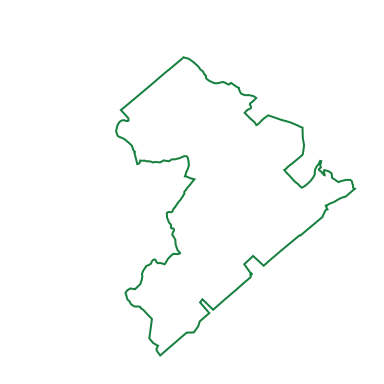 Salah, Ta`izz, Yemen, rotated 140°
{"feature_id": "15242507B73155733495218", "entity_name": "Salah", "entity_type": "district", "adm_level": 2, "iso_a3": "YEM", "parent_name": "Yemen", "parent_adm1": "Ta`izz", "projection": "albers", "projection_center": [44.04, 13.581], "detail": "fine", "context": "isolated", "style": "outline", "palette": "green", "viewbox_px": 384, "rotation_deg": 140, "n_neighbors": 0, "source": "geoboundaries", "source_scale": "gbopen_adm2", "svg_char_len": 5921}
<svg xmlns="http://www.w3.org/2000/svg" viewBox="0 0 384 384"><g transform="rotate(140 192 192)"><path d="M321.4,87.2L310.9,87.4L301.2,87.5L299.2,87.5L297.4,87.6L288.2,87.7L286.5,87.7L280.9,83.3L273.6,85.1L269.0,88.0L266.7,87.9L263.5,88.0L256.6,88.1L256.8,102.2L253.0,103.1L251.5,88.2L243.6,88.4L235.4,88.6L233.9,88.6L227.1,88.7L221.1,88.7L218.0,88.8L209.8,89.0L209.3,89.0L207.2,89.0L204.8,89.0L201.7,89.1L200.9,90.2L200.7,90.8L200.4,91.2L199.9,90.7L199.0,90.5L198.7,91.3L199.1,92.5L199.2,93.0L198.4,103.1L186.3,103.7L184.5,89.4L179.5,89.6L174.9,89.7L161.4,89.8L159.3,89.8L154.6,89.8L143.9,89.7L140.2,89.7L137.4,89.7L137.0,89.0L107.9,89.0L107.3,89.6L103.6,91.2L101.9,92.1L100.5,92.0L99.4,91.6L99.2,93.4L98.5,94.0L98.4,95.5L98.0,95.7L97.1,94.9L94.9,94.7L94.2,94.6L92.6,94.1L89.7,93.1L89.3,93.0L86.0,92.5L82.7,91.9L82.4,91.8L79.8,90.9L77.9,90.1L77.5,89.7L70.5,89.8L65.2,89.8L65.9,91.1L65.4,92.3L64.3,93.7L63.8,95.2L63.1,96.5L62.6,97.6L63.0,99.6L65.5,101.6L66.2,102.2L69.5,103.9L70.6,104.5L73.5,105.4L74.5,109.4L74.8,110.3L75.3,112.0L75.6,112.8L73.1,116.5L73.4,117.9L73.9,119.7L74.5,120.7L75.3,121.9L76.0,123.2L76.7,123.7L77.5,123.3L77.9,122.9L78.5,121.8L78.7,121.0L79.6,119.6L80.0,120.2L80.0,124.5L80.3,125.7L80.5,127.3L80.4,127.7L80.1,127.9L78.5,128.0L77.5,128.0L77.0,129.3L76.4,130.3L75.7,130.7L75.0,131.2L74.4,131.7L73.9,132.2L73.2,132.6L73.9,133.5L75.8,132.5L78.1,131.8L80.7,131.2L82.9,130.3L84.2,129.3L84.6,128.9L85.4,127.9L85.8,127.5L86.4,126.8L87.6,126.1L90.0,125.2L93.5,124.4L97.4,124.0L101.6,124.1L102.0,124.1L103.2,124.3L103.6,124.4L104.1,124.5L105.2,124.8L105.5,126.7L105.6,128.2L105.6,129.0L105.6,129.5L106.5,133.4L106.7,137.2L106.7,138.5L106.9,142.7L107.0,143.7L107.1,144.1L107.2,146.6L107.1,149.6L106.6,149.5L106.0,149.3L104.8,149.4L101.7,149.7L96.5,149.4L85.3,149.4L83.6,149.5L82.6,149.9L81.3,151.1L80.3,151.9L79.0,153.1L75.8,156.0L75.6,156.6L73.4,160.4L73.3,160.7L72.4,162.1L71.1,163.8L67.7,168.1L66.3,169.8L66.0,170.1L66.1,170.5L67.4,172.9L68.6,175.7L69.1,176.6L70.1,178.7L70.3,178.9L71.8,181.9L72.2,182.5L72.4,182.7L72.7,183.3L75.2,187.0L77.0,189.5L77.5,190.3L79.6,193.8L81.3,196.7L84.1,201.3L84.2,201.6L86.2,201.9L88.8,202.0L89.4,202.1L90.7,202.1L93.2,201.9L96.9,201.6L97.3,201.5L97.7,201.5L98.8,201.6L99.7,201.9L99.6,202.2L99.4,203.4L99.3,204.1L99.3,205.2L99.4,206.5L99.6,207.5L99.9,209.1L99.9,209.8L100.2,211.1L100.3,213.7L100.4,214.7L100.8,218.8L96.6,219.3L93.9,218.4L93.4,218.5L92.6,218.6L91.7,219.9L91.4,222.0L91.0,222.2L90.3,222.5L87.6,222.3L86.9,222.3L86.6,222.3L82.4,222.7L82.7,224.3L82.9,224.9L83.5,226.3L86.3,229.8L86.7,230.2L88.4,231.3L89.8,233.1L91.1,235.7L90.9,237.4L90.5,238.8L90.3,239.4L89.9,240.7L89.1,241.5L89.7,242.6L90.2,244.2L90.6,245.2L91.0,247.0L91.8,249.8L92.1,250.6L92.9,250.5L94.3,250.6L95.1,250.9L95.6,252.4L96.0,253.4L96.3,254.3L97.8,256.6L101.8,258.5L102.4,258.9L103.2,259.5L103.6,259.7L104.3,260.3L104.9,261.1L105.5,262.1L105.8,262.8L107.1,265.6L107.8,267.9L108.0,269.7L108.0,270.4L106.6,272.0L106.8,274.5L106.6,275.3L106.3,276.7L106.2,277.5L106.1,277.8L106.3,278.5L106.9,280.2L106.5,283.7L107.0,287.9L107.5,291.1L108.2,293.6L108.8,296.1L112.0,300.7L113.2,300.5L116.1,300.5L132.0,300.5L132.6,300.6L139.6,300.6L140.6,300.6L141.8,300.6L153.5,300.4L156.6,300.4L167.9,300.4L172.2,300.4L173.7,300.4L176.0,300.4L188.1,300.4L193.8,300.5L193.7,298.2L193.3,290.1L193.7,288.7L194.5,288.1L194.8,287.5L195.8,287.8L196.7,288.7L197.3,289.7L198.0,290.8L199.0,291.4L199.9,292.0L201.7,292.2L203.2,292.1L204.7,291.6L205.4,291.4L206.0,290.9L207.6,290.2L208.6,289.2L211.1,287.4L211.8,285.7L212.8,282.8L212.2,280.7L211.7,280.0L211.0,278.7L210.1,276.8L209.6,275.3L209.5,274.3L208.6,269.2L208.3,266.0L209.3,263.6L209.4,263.2L210.0,261.9L210.0,260.7L209.9,259.4L210.7,259.4L216.0,248.5L215.8,248.3L214.7,248.0L213.4,247.9L213.2,248.0L212.3,248.9L211.4,249.4L210.9,248.7L209.3,247.3L208.1,246.5L207.2,244.9L206.1,244.0L204.6,242.5L203.4,240.9L203.2,240.0L202.5,239.5L202.3,239.4L200.9,238.8L197.6,235.3L196.6,235.0L193.3,234.4L192.2,232.9L191.2,232.0L190.5,231.0L190.0,230.4L188.2,230.1L186.8,230.1L186.2,229.7L185.0,228.8L183.9,227.9L182.2,227.1L179.6,225.8L177.4,225.2L176.9,225.1L174.9,224.4L174.0,223.7L173.1,222.7L173.2,221.1L173.9,219.6L174.4,218.7L174.6,218.1L175.6,216.8L176.5,215.6L177.3,214.4L180.2,212.5L182.1,211.6L183.3,211.1L185.7,209.5L187.4,208.5L186.3,207.5L184.9,204.6L184.3,203.3L182.8,201.4L182.0,200.2L184.3,199.8L185.7,199.5L189.5,198.7L192.2,198.4L196.4,197.3L196.9,197.3L197.6,197.2L198.2,196.6L199.2,195.4L200.5,195.2L201.7,194.6L203.0,194.3L206.1,193.4L207.6,193.2L209.1,192.9L210.1,192.8L211.4,192.2L212.3,192.0L213.1,191.8L213.9,191.7L214.4,191.2L214.9,191.1L215.8,191.2L216.6,191.1L217.8,190.6L218.3,190.3L218.7,190.0L219.9,189.7L220.6,189.7L221.4,190.3L222.6,191.6L223.8,192.1L224.9,192.0L226.4,190.0L226.9,189.3L227.6,188.4L229.0,184.0L229.3,182.9L229.1,181.6L229.2,180.5L229.9,179.3L230.6,178.8L231.2,177.6L230.3,176.6L229.7,175.9L230.1,174.6L230.9,173.9L232.6,173.4L233.7,172.7L234.7,171.7L234.8,169.7L235.5,166.0L236.9,164.2L238.3,162.3L239.6,159.0L240.4,156.7L240.4,153.3L240.6,152.7L243.0,153.7L244.6,155.3L245.6,156.1L246.2,156.7L248.3,156.7L251.1,156.5L253.5,156.2L255.2,155.6L257.6,154.7L259.5,154.2L260.5,156.0L260.9,156.6L262.0,158.1L264.0,159.4L264.2,161.4L264.0,162.1L263.6,163.8L263.9,164.2L265.1,164.9L265.5,164.9L267.3,164.7L269.3,163.5L269.6,163.5L272.3,163.9L274.6,164.7L275.1,164.5L280.4,162.9L283.3,161.1L283.8,160.1L284.1,159.4L284.5,159.1L286.8,157.1L290.7,154.7L295.4,154.3L296.2,154.3L298.1,154.1L299.5,155.8L301.3,157.8L305.0,158.3L307.5,157.5L308.0,157.3L308.7,155.1L309.9,152.7L310.5,150.8L310.4,149.9L310.1,148.8L310.6,146.5L310.9,145.1L309.7,141.4L307.9,139.7L306.2,138.3L306.0,138.1L305.5,136.7L306.0,135.8L305.5,134.5L305.1,133.0L305.0,132.4L304.9,129.1L304.9,127.7L304.8,126.9L304.3,120.5L318.8,107.3L318.8,101.2L316.9,96.0L319.0,95.1L320.0,94.7L321.0,93.2L321.2,90.9L321.4,87.2Z" fill="none" stroke="#15803d" stroke-width="2"/></g></svg>